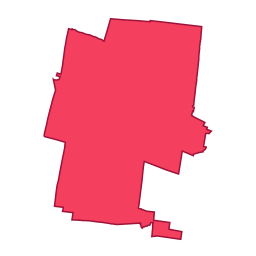 Pechea, Galati, Romania (Albers equal-area conic projection), rotated 273°
{"feature_id": "2599482B54833232986337", "entity_name": "Pechea", "entity_type": "district", "adm_level": 2, "iso_a3": "ROU", "parent_name": "Romania", "parent_adm1": "Galati", "projection": "albers", "projection_center": [27.806, 45.647], "detail": "fine", "context": "isolated", "style": "filled", "palette": "rose", "viewbox_px": 256, "rotation_deg": 273, "n_neighbors": 0, "source": "geoboundaries", "source_scale": "gbopen_adm2", "svg_char_len": 4722}
<svg xmlns="http://www.w3.org/2000/svg" viewBox="0 0 256 256"><g transform="rotate(273 128 128)"><path d="M126.5,46.4L123.5,45.8L119.1,45.0L115.9,44.6L115.3,44.9L115.0,45.4L112.6,57.2L110.6,65.4L110.4,66.1L106.1,65.8L105.4,65.9L91.3,63.8L76.6,61.8L72.7,61.4L67.7,60.3L62.7,59.8L46.0,58.7L45.4,67.6L41.3,67.0L40.6,77.6L33.3,76.8L33.4,83.1L33.2,88.0L33.3,90.7L33.3,94.9L32.7,101.5L32.4,107.3L31.8,113.6L31.5,115.6L31.4,116.2L31.4,116.5L31.4,117.6L31.4,118.4L31.2,119.1L31.2,120.0L31.1,121.0L31.1,121.7L31.1,121.9L31.1,122.5L31.3,124.5L33.7,145.5L33.2,145.8L32.8,145.6L32.7,145.3L32.2,145.4L31.6,146.0L31.2,146.1L29.9,146.3L29.0,147.0L28.8,147.7L28.9,147.9L29.8,148.1L30.1,148.4L30.2,148.7L30.2,149.9L30.8,150.6L30.9,150.9L30.9,151.1L30.9,151.5L30.9,151.9L31.2,152.3L31.9,153.1L32.0,153.4L31.9,154.0L32.0,154.5L32.4,154.9L33.0,155.2L34.4,155.5L34.9,157.0L35.0,158.1L33.8,157.7L32.7,157.7L29.9,157.9L28.4,157.8L26.5,157.7L22.4,157.6L20.8,157.4L21.7,163.2L19.6,186.5L27.3,187.2L28.6,177.5L29.1,174.1L35.8,174.7L37.2,158.5L38.1,158.5L45.5,158.7L45.9,151.0L46.8,148.2L47.5,145.9L47.9,145.6L48.0,145.1L47.8,144.4L47.9,143.8L48.1,143.1L48.6,142.6L53.3,143.1L61.0,143.6L72.1,144.4L75.7,144.7L84.5,145.1L90.1,145.4L95.5,146.0L88.0,168.9L84.7,180.9L107.8,183.4L103.8,194.7L105.3,194.8L107.1,200.0L107.4,201.1L108.2,204.2L108.6,204.0L109.2,204.3L110.1,205.5L111.0,206.3L111.8,206.8L112.4,207.0L113.0,207.1L113.5,204.4L126.6,205.9L126.9,208.7L126.6,209.1L129.3,211.4L130.5,207.6L130.7,207.1L130.9,206.6L131.1,206.7L131.2,206.8L131.5,206.8L131.8,206.9L132.0,207.0L132.3,207.0L132.7,207.2L132.9,207.2L133.5,205.0L133.8,203.9L134.0,203.3L134.1,203.0L134.6,203.2L135.2,203.5L136.0,203.8L136.3,203.9L136.8,204.2L137.5,204.5L143.0,192.2L143.4,192.0L143.6,191.4L143.8,190.9L144.0,190.9L144.6,191.0L145.2,191.1L146.3,191.3L148.2,191.6L147.8,192.4L152.1,193.1L152.2,192.5L152.3,192.0L152.5,191.8L152.6,191.6L152.8,191.5L153.0,191.4L153.3,191.4L153.5,191.4L153.7,191.6L153.8,191.8L154.0,192.2L154.2,192.4L155.2,192.5L155.9,192.5L156.5,192.5L157.3,192.5L158.3,192.6L159.1,192.6L161.6,192.8L164.1,193.0L167.0,193.2L172.0,193.4L174.5,193.6L175.9,193.8L176.9,193.9L177.4,193.9L178.0,194.0L179.2,194.1L180.3,194.1L180.5,193.9L182.0,194.0L183.6,194.2L189.4,194.5L194.1,194.8L197.3,194.9L198.4,195.0L199.8,195.1L200.6,195.1L201.3,195.0L201.7,195.0L202.7,195.0L203.2,195.0L205.0,195.0L206.3,195.1L208.3,195.2L209.7,195.3L211.5,195.4L212.2,195.3L213.1,195.2L213.8,195.2L214.7,195.5L215.1,195.5L216.1,195.4L216.7,195.5L217.2,195.6L217.8,195.7L219.1,195.8L219.5,195.8L220.0,195.9L220.7,196.0L221.7,196.0L223.5,196.0L226.7,196.1L228.7,196.2L229.9,196.2L233.1,196.3L234.4,176.1L235.3,162.9L236.4,144.5L235.3,144.4L235.7,132.1L235.8,117.3L236.2,104.9L232.5,104.0L232.3,104.0L224.2,102.1L221.8,101.5L220.1,101.1L218.0,100.6L217.3,100.3L216.3,100.2L215.0,100.0L213.6,99.7L213.4,99.5L213.7,99.1L213.8,98.7L214.2,98.5L214.4,97.8L214.7,97.5L215.1,96.7L215.3,95.2L215.2,94.7L215.5,94.4L217.0,91.4L217.3,90.3L217.5,89.2L217.5,88.4L218.0,87.8L218.1,86.7L218.3,86.4L218.9,85.5L219.2,82.7L219.6,80.3L220.8,77.4L221.0,74.5L221.4,73.7L221.6,72.8L222.0,72.2L222.0,71.8L222.7,71.0L223.2,70.3L223.4,69.4L223.4,68.2L224.1,67.0L223.3,66.7L224.1,63.5L223.8,63.4L223.1,63.3L222.3,63.2L222.1,63.2L221.2,63.0L220.7,62.9L220.0,62.8L219.3,62.7L218.2,62.6L216.4,62.2L215.1,62.0L212.9,61.7L212.6,61.7L206.5,61.0L206.2,60.9L203.3,60.6L203.2,60.6L202.9,60.6L202.6,60.6L202.4,60.6L201.8,60.5L201.4,60.5L201.2,60.5L200.9,60.5L200.8,60.4L200.7,60.4L200.4,60.4L200.2,60.4L199.6,60.3L199.4,60.3L199.2,60.3L198.9,60.3L198.3,60.2L198.0,60.2L197.9,60.2L197.7,60.2L197.4,60.2L197.1,60.1L196.9,60.1L196.7,60.1L196.4,60.1L196.2,60.1L195.8,60.0L195.7,60.0L195.4,60.0L195.2,60.0L194.9,60.0L194.7,60.0L194.6,59.9L194.2,59.9L193.9,59.9L193.7,59.9L193.4,59.8L193.2,59.8L192.8,59.8L192.7,59.8L192.3,59.8L192.2,59.8L192.2,59.7L191.7,59.7L191.2,59.7L190.9,59.6L190.5,59.6L190.4,59.6L190.2,59.6L189.9,59.6L189.7,59.6L189.4,59.5L189.2,59.5L188.9,59.5L188.7,59.5L186.4,59.3L185.8,59.2L185.5,59.1L185.4,59.1L184.9,59.1L184.3,59.0L182.5,58.7L182.4,58.7L182.2,58.7L181.5,58.6L181.3,58.6L181.2,58.6L180.7,58.5L180.1,58.4L179.6,58.4L179.2,58.3L178.5,58.2L178.3,58.2L178.2,58.2L178.9,55.3L179.2,54.5L176.5,53.8L175.8,57.4L174.6,57.0L172.9,56.7L172.1,53.8L172.2,52.6L172.4,51.4L172.5,51.1L172.7,50.9L172.1,51.0L169.9,51.6L168.7,52.0L167.0,52.4L163.0,53.4L162.5,53.6L162.2,53.7L161.2,53.5L159.6,53.1L156.9,52.4L155.0,51.9L154.7,51.8L154.4,51.8L154.3,51.7L154.1,51.7L153.9,51.6L153.7,51.6L153.2,51.5L152.7,51.4L152.2,51.3L151.4,51.0L148.3,50.5L146.6,50.1L145.7,49.9L143.9,49.6L142.4,49.2L141.4,49.0L139.8,48.7L134.6,47.7L133.2,47.4L129.1,46.8L126.5,46.4Z" fill="#f43f5e" stroke="#9f1239" stroke-width="1.5"/></g></svg>